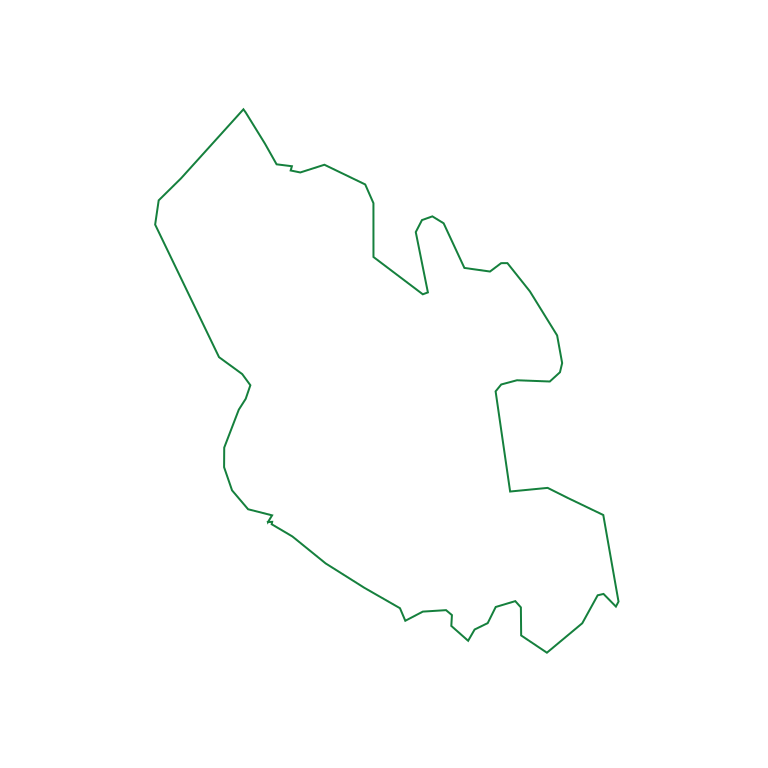 SVG path tracing the border of North Lincolnshire, rotated 255°
{"feature_id": "GBR-2057", "entity_name": "North Lincolnshire", "entity_type": "Unitary Authority", "adm_level": 1, "iso_a3": "GBR", "parent_name": "United Kingdom", "parent_adm1": "", "projection": "albers", "projection_center": [-0.607, 53.583], "detail": "fine", "context": "isolated", "style": "outline", "palette": "green", "viewbox_px": 768, "rotation_deg": 255, "n_neighbors": 0, "source": "natural_earth", "source_scale": "10m", "svg_char_len": 1041}
<svg xmlns="http://www.w3.org/2000/svg" viewBox="0 0 768 768"><g transform="rotate(255 384 384)"><path d="M280.6,236.1L286.1,241.9L298.2,220.3L320.6,209.7L345.0,208.0L363.9,213.2L396.8,237.1L405.5,246.6L417.4,254.6L430.3,249.6L452.6,231.6L597.2,204.2L619.7,213.9L635.2,241.2L685.7,319.3L682.0,320.7L647.0,331.2L624.0,337.1L618.2,351.4L614.4,349.1L610.0,357.9L611.2,383.2L581.6,417.5L561.4,420.6L509.4,406.7L460.6,444.7L461.1,450.1L522.5,454.0L532.5,463.1L533.4,474.1L523.8,483.2L475.3,491.7L465.2,515.5L470.4,528.4L468.8,534.5L435.7,548.9L386.1,563.8L358.1,561.5L349.8,557.0L343.5,544.8L353.2,513.4L353.2,497.1L348.0,489.9L247.5,478.0L241.3,515.2L226.2,532.2L200.7,561.9L113.1,554.2L109.0,550.4L124.4,541.7L124.6,535.7L101.6,513.6L82.3,471.8L105.6,451.4L132.8,458.4L140.3,454.6L139.7,434.2L126.2,422.3L123.4,408.0L114.2,398.8L132.9,386.4L143.2,389.8L149.5,385.4L154.1,362.6L149.8,343.3L163.3,341.4L192.3,312.2L225.8,281.2L260.5,256.0L277.6,239.2L279.8,240.3L280.7,236.1L280.6,236.1Z" fill="none" stroke="#15803d" stroke-width="2"/></g></svg>